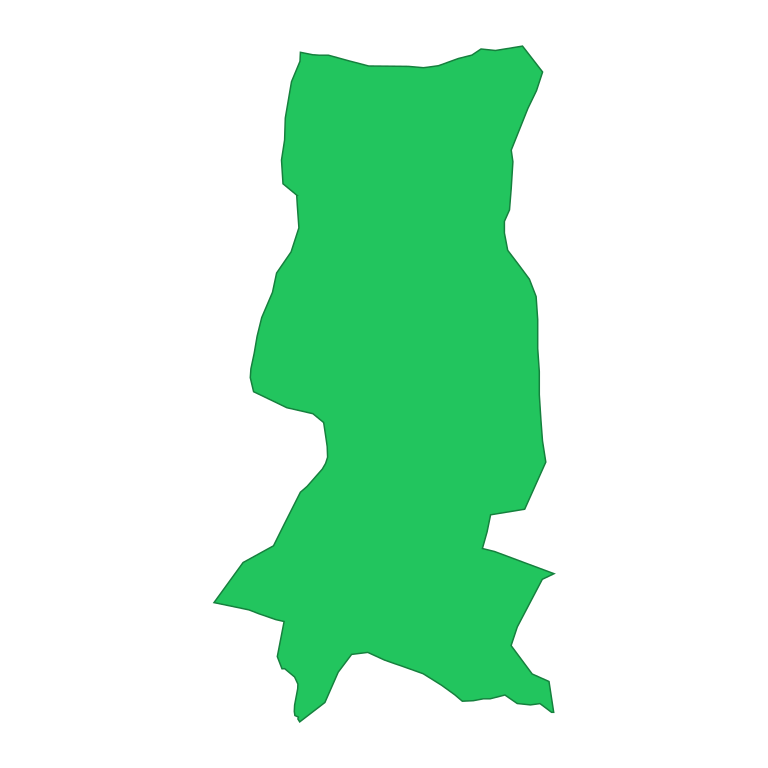 the district of Guyuk, Gombe, Nigeria
{"feature_id": "59680162B83966420631158", "entity_name": "Guyuk", "entity_type": "district", "adm_level": 2, "iso_a3": "NGA", "parent_name": "Nigeria", "parent_adm1": "Gombe", "projection": "natural_earth1", "projection_center": [11.903, 9.837], "detail": "fine", "context": "isolated", "style": "filled", "palette": "green", "viewbox_px": 768, "rotation_deg": 0, "n_neighbors": 0, "source": "geoboundaries", "source_scale": "gbopen_adm2", "svg_char_len": 1667}
<svg xmlns="http://www.w3.org/2000/svg" viewBox="0 0 768 768"><path d="M394.5,663.6L401.3,665.9L423.1,673.7L441.5,685.2L454.9,694.9L462.3,701.2L473.3,700.7L483.4,698.8L490.1,698.8L504.9,695.0L517.2,703.5L530.4,704.9L540.0,703.6L551.5,712.3L553.7,712.3L549.0,681.5L532.2,674.0L511.1,645.6L517.3,626.9L542.3,579.3L554.0,573.7L494.5,551.5L482.4,548.5L487.1,531.8L490.6,514.8L524.7,509.2L545.8,462.1L542.5,440.9L540.9,419.7L540.2,408.8L539.3,394.7L539.3,390.3L539.3,371.6L537.7,348.5L537.7,345.4L537.7,319.6L536.1,296.5L529.4,279.2L519.4,265.7L507.7,250.3L505.8,240.3L504.4,233.0L504.4,221.4L509.5,209.9L511.2,188.7L512.9,161.8L511.3,150.5L511.2,150.2L527.9,108.4L536.5,90.6L542.6,72.0L525.4,49.8L522.5,46.1L495.5,50.5L481.0,49.0L471.9,55.1L458.4,58.5L438.5,65.7L427.7,67.2L423.4,67.7L408.5,66.4L400.2,66.3L390.2,66.2L368.7,66.0L350.3,61.2L350.2,61.2L328.4,55.2L319.1,55.2L313.8,54.8L313.7,54.8L313.0,54.8L300.4,52.3L300.0,61.3L291.5,81.7L285.3,118.0L284.6,140.0L281.5,160.0L283.0,183.8L296.8,195.2L296.7,195.2L297.3,205.2L298.9,227.8L291.1,251.9L276.6,273.0L272.5,292.3L261.7,317.6L257.1,336.3L254.2,353.3L250.9,368.8L250.3,377.7L253.6,391.7L286.8,407.7L312.9,413.7L323.6,422.5L323.9,424.1L326.1,438.9L327.2,446.6L327.6,457.2L325.6,463.4L322.3,469.1L317.2,474.9L307.1,486.4L300.4,492.2L284.4,523.9L273.5,545.8L243.1,562.5L214.0,602.6L249.0,609.9L259.0,613.8L275.8,619.6L284.1,621.5L277.3,656.6L282.0,668.8L284.7,668.7L294.6,677.0L297.9,684.1L297.7,688.7L294.6,705.1L294.3,711.5L294.9,715.5L298.4,717.1L297.9,719.0L299.7,721.9L324.9,702.5L338.2,672.2L351.6,654.4L367.8,652.4L382.4,659.1L384.6,660.1L394.5,663.6Z" fill="#22c55e" stroke="#15803d" stroke-width="1.5"/></svg>